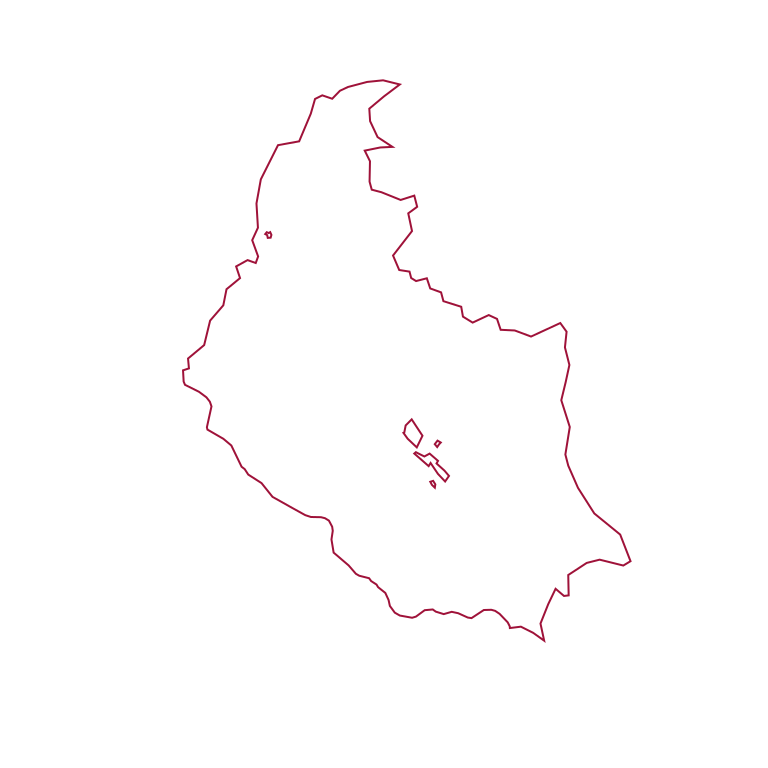 outline of Akhangaran, Tashkent, Uzbekistan, rotated 72°
{"feature_id": "79887680B39999061670418", "entity_name": "Akhangaran", "entity_type": "district", "adm_level": 2, "iso_a3": "UZB", "parent_name": "Uzbekistan", "parent_adm1": "Tashkent", "projection": "natural_earth1", "projection_center": [69.986, 40.976], "detail": "fine", "context": "isolated", "style": "outline", "palette": "rose", "viewbox_px": 768, "rotation_deg": 72, "n_neighbors": 0, "source": "geoboundaries", "source_scale": "gbopen_adm2", "svg_char_len": 2371}
<svg xmlns="http://www.w3.org/2000/svg" viewBox="0 0 768 768"><g transform="rotate(72 384 384)"><path d="M600.2,205.9L572.1,224.0L542.7,231.6L518.6,234.0L507.1,233.3L482.3,220.6L454.2,220.4L438.3,210.6L423.2,201.8L405.1,200.6L390.7,194.2L380.5,197.5L384.3,229.5L373.5,243.1L368.5,256.3L357.0,256.4L350.8,263.1L353.0,280.7L344.3,288.1L334.4,286.7L323.6,301.9L314.5,301.4L307.4,310.5L296.7,310.6L296.0,321.7L291.6,325.4L285.0,325.0L280.3,334.3L264.6,335.7L247.2,310.1L229.2,308.2L225.7,297.7L214.2,297.0L214.1,311.3L200.8,327.2L195.4,335.6L187.1,335.2L167.8,328.5L156.1,330.2L157.9,314.4L161.1,302.7L147.2,313.8L129.7,316.0L117.6,312.9L110.4,295.0L104.0,276.4L94.9,291.0L91.5,306.7L90.4,326.5L91.5,335.3L96.7,345.1L90.4,353.5L91.6,361.5L104.3,370.1L127.0,389.7L124.1,411.0L151.3,437.9L172.9,449.5L196.4,455.6L206.5,464.9L223.8,464.3L229.3,468.6L224.0,475.5L226.5,488.3L238.8,488.2L245.2,504.5L259.5,512.5L270.0,529.8L291.4,543.0L299.2,562.5L308.9,564.7L308.9,570.9L319.8,573.8L323.3,573.5L334.2,562.4L341.8,557.0L347.0,555.1L352.0,555.0L370.4,565.8L372.8,566.0L386.5,553.7L395.3,548.2L418.7,545.0L421.9,542.8L428.2,541.1L440.4,531.1L456.9,524.9L473.7,509.4L484.4,499.4L487.9,494.6L491.2,485.1L493.4,481.6L496.9,478.6L503.7,477.4L507.8,478.1L515.6,482.0L528.8,484.0L545.6,473.7L555.8,469.4L558.7,466.8L564.1,458.2L567.5,457.1L572.4,453.1L575.4,452.4L583.1,447.3L590.8,446.4L596.9,447.0L604.8,444.4L609.1,440.5L612.1,434.9L615.0,429.5L615.1,425.5L611.7,415.2L613.5,407.3L616.5,405.1L621.3,398.3L621.6,390.0L624.9,384.3L632.0,376.5L633.7,373.1L629.8,358.9L631.9,351.7L634.1,348.4L638.3,345.1L641.2,343.7L648.9,340.0L653.3,339.3L655.0,339.7L657.1,328.8L666.8,319.0L677.6,311.0L660.2,309.2L644.2,295.9L631.8,284.1L641.2,278.3L642.1,273.7L622.6,267.8L616.8,246.5L617.7,233.2L630.6,212.5L628.7,204.3L600.2,205.9ZM443.4,378.4L436.5,380.6L436.4,379.7L430.1,376.2L426.2,368.6L445.1,363.4L454.4,372.4L443.4,378.4ZM495.6,356.0L486.1,360.5L473.5,364.1L475.9,366.9L459.5,376.7L458.7,374.8L465.4,368.0L464.3,362.1L473.8,356.4L475.8,358.6L485.0,353.3L491.5,350.6L495.6,356.0ZM209.8,446.6L209.1,449.4L206.3,449.1L204.7,450.6L203.4,448.6L204.8,447.0L204.4,445.3L207.4,445.0L209.8,446.6ZM460.4,352.9L456.9,354.3L454.4,350.6L457.2,348.1L458.4,350.3L460.4,352.9ZM494.7,369.6L491.3,370.2L491.3,367.2L495.3,366.2L498.3,367.7L494.7,369.6Z" fill="none" stroke="#9f1239" stroke-width="2"/></g></svg>